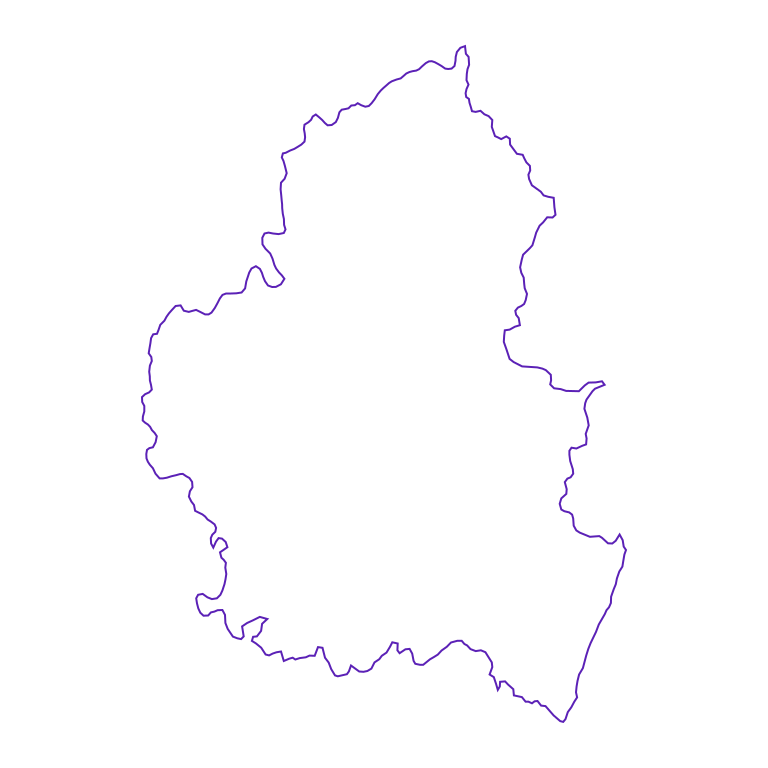 the district of Baliza, Goiás, Brazil
{"feature_id": "56859067B68907801422928", "entity_name": "Baliza", "entity_type": "district", "adm_level": 2, "iso_a3": "BRA", "parent_name": "Brazil", "parent_adm1": "Goiás", "projection": "equal_earth", "projection_center": [-52.451, -16.34], "detail": "fine", "context": "isolated", "style": "outline", "palette": "violet", "viewbox_px": 768, "rotation_deg": 0, "n_neighbors": 0, "source": "geoboundaries", "source_scale": "gbopen_adm2", "svg_char_len": 5953}
<svg xmlns="http://www.w3.org/2000/svg" viewBox="0 0 768 768"><path d="M357.7,103.2L354.9,105.2L351.3,105.5L348.5,108.3L345.5,109.0L341.7,109.7L339.4,112.3L337.9,117.9L335.8,122.1L331.7,125.0L327.6,125.3L324.9,123.0L322.2,120.0L319.3,117.4L315.8,114.5L312.7,116.5L311.1,119.8L308.5,122.2L304.5,124.7L303.9,129.0L304.7,133.3L305.1,137.2L304.5,141.6L301.3,144.6L297.8,146.8L294.3,148.9L290.2,150.5L285.7,152.8L282.9,153.4L281.8,157.4L283.5,161.0L284.9,165.9L286.7,173.2L284.6,178.8L281.0,182.7L280.6,189.3L281.2,195.0L281.7,200.5L282.1,204.2L282.2,208.1L282.8,213.8L283.9,219.0L284.1,224.9L285.5,229.4L283.8,233.0L278.6,234.1L273.0,233.5L268.5,232.6L264.5,233.5L262.3,237.8L262.5,244.4L265.5,248.8L267.8,251.1L270.2,253.5L272.5,258.6L274.4,264.9L276.1,268.5L279.0,272.4L281.8,275.3L284.4,278.8L280.9,284.3L275.9,286.9L272.1,287.0L268.0,285.5L265.0,281.2L263.2,276.9L261.9,272.8L259.9,268.9L255.9,266.2L251.5,268.5L249.2,272.6L248.0,276.3L246.3,281.4L245.1,288.4L241.6,292.5L236.3,293.3L231.0,293.5L226.1,293.5L222.5,294.9L219.9,298.4L217.4,303.3L214.8,308.0L211.5,312.6L208.6,314.4L205.1,314.4L200.2,311.9L196.1,309.9L192.3,310.9L188.8,311.9L183.8,310.7L180.6,305.4L175.6,306.0L171.8,310.1L168.9,313.4L166.5,316.8L164.4,320.7L160.3,324.8L158.4,330.3L157.0,333.8L153.2,334.3L151.1,338.1L150.4,343.2L149.6,347.8L148.7,353.3L151.3,357.0L151.8,361.0L149.9,365.6L149.2,371.7L149.8,376.3L149.9,380.5L151.0,384.9L151.8,389.6L149.1,392.4L145.1,394.2L142.0,397.1L142.2,402.0L144.3,405.9L144.3,411.4L142.9,416.5L142.7,420.5L145.1,422.7L147.9,424.5L150.1,426.8L151.9,430.1L154.6,432.9L156.8,436.2L155.6,442.2L152.9,447.3L149.4,448.1L147.0,449.9L146.3,454.0L146.5,458.4L147.9,461.8L149.8,464.7L152.9,468.2L155.5,473.7L159.6,478.4L162.9,478.4L166.9,477.7L171.3,476.3L176.4,475.1L179.9,474.1L182.8,473.9L186.3,476.3L189.4,478.0L192.1,481.9L192.5,487.2L189.9,491.3L188.9,496.6L191.3,501.5L194.0,505.0L195.1,510.8L198.3,512.4L202.4,514.4L205.1,516.5L207.6,519.5L210.9,521.6L214.6,524.4L216.1,527.9L215.3,531.8L212.3,534.7L210.8,538.1L211.1,543.5L213.3,547.6L216.0,541.6L218.6,538.1L222.0,538.6L225.7,542.0L227.4,547.2L223.8,549.7L220.0,552.3L221.4,557.7L223.7,559.8L225.9,562.8L225.3,567.6L226.3,574.0L225.5,579.3L224.5,584.1L222.4,590.5L220.4,594.8L216.9,598.3L211.9,599.1L207.4,597.3L202.7,593.9L198.1,594.8L196.2,598.3L197.0,603.4L198.3,608.4L200.3,612.7L203.5,615.7L208.2,615.5L210.9,612.4L214.4,611.6L217.6,610.2L222.4,610.0L225.0,614.9L225.4,623.0L227.7,628.9L232.9,636.6L237.3,638.3L241.1,639.1L243.7,636.4L242.1,626.4L247.1,623.0L252.8,620.4L259.8,616.9L267.3,619.0L262.1,623.8L261.1,630.9L256.9,636.4L253.1,636.8L251.9,640.9L255.9,643.4L261.2,647.7L265.6,654.5L269.1,655.4L272.6,653.6L276.4,652.3L281.0,651.5L283.8,661.0L289.2,658.7L292.7,657.7L295.3,659.5L299.7,658.1L305.8,657.3L309.5,655.6L314.7,655.8L318.0,647.1L322.5,647.8L325.0,657.7L328.7,662.6L331.2,669.1L335.0,675.4L337.8,676.3L346.9,674.2L348.9,671.4L351.0,665.5L359.2,671.5L363.5,671.8L367.4,671.0L371.4,668.6L374.5,662.4L379.3,659.2L381.8,655.8L386.5,652.6L390.0,646.8L392.3,642.3L397.7,643.5L397.4,650.3L399.6,653.2L405.4,649.3L409.6,648.9L412.2,653.6L413.6,660.9L415.3,663.8L420.0,664.8L423.2,664.8L430.0,659.3L433.8,657.1L437.8,654.6L441.6,650.5L446.8,646.8L451.0,642.5L457.3,640.8L461.7,640.8L464.4,644.0L467.1,645.4L470.5,649.1L475.7,651.1L480.9,650.3L485.4,652.2L491.8,662.4L492.3,667.1L489.6,674.5L493.8,677.1L496.0,683.7L497.8,689.9L499.8,686.5L500.1,681.8L505.1,681.4L508.0,684.5L513.3,689.2L513.9,695.4L521.9,697.1L525.6,701.7L528.5,701.7L532.0,703.3L534.6,701.3L537.5,701.0L541.1,705.6L545.5,706.1L553.6,715.4L560.2,721.1L563.2,721.9L565.5,719.1L567.8,712.1L571.3,707.3L574.3,701.7L577.1,697.4L576.0,692.3L576.6,686.4L577.5,681.0L579.1,674.5L582.9,668.1L586.2,655.6L588.3,648.9L590.6,643.1L596.0,631.9L598.8,624.5L604.8,614.1L606.5,610.2L609.0,607.3L610.9,603.0L611.1,596.7L613.7,589.3L615.8,584.2L616.9,578.5L619.3,571.5L622.4,566.6L623.2,561.5L624.4,554.5L626.0,550.0L623.7,546.6L622.7,540.2L619.6,534.5L615.7,540.8L612.3,543.5L608.0,543.3L602.0,537.8L599.3,536.1L589.9,536.8L579.7,532.6L576.3,530.4L573.7,525.7L573.2,518.5L572.1,514.6L569.2,512.4L564.3,511.2L561.3,509.5L559.7,503.8L561.3,498.4L566.3,493.9L566.7,489.2L564.8,482.1L567.4,478.6L570.6,477.3L573.2,473.7L572.8,469.2L570.2,461.0L569.4,454.7L569.4,450.8L571.5,447.7L576.4,448.5L582.2,445.8L586.1,444.4L586.6,438.5L585.7,433.9L588.7,425.4L587.3,417.6L584.4,408.8L585.2,403.2L586.5,399.6L592.5,391.2L595.0,388.7L604.6,384.8L602.0,381.3L595.7,382.4L588.6,382.6L584.8,385.4L578.9,391.2L566.1,390.9L560.7,389.1L554.1,388.3L550.2,384.4L551.1,380.3L550.8,374.8L545.8,370.1L542.4,368.6L537.3,367.4L522.1,366.4L513.7,362.1L509.6,358.9L506.5,349.5L503.8,341.9L504.2,335.5L504.8,330.3L509.7,329.6L514.9,326.7L519.9,325.2L518.7,318.1L516.1,314.8L515.3,310.8L517.9,307.6L521.3,306.0L524.1,304.0L525.7,300.1L527.0,293.9L524.7,288.2L524.2,283.9L523.7,277.6L521.3,272.8L520.1,267.3L521.8,259.5L523.1,254.7L529.7,248.3L532.4,245.3L534.9,237.2L536.2,232.6L539.6,225.7L543.1,222.4L547.2,217.3L552.6,217.5L555.5,214.8L554.4,207.2L553.7,197.8L548.2,196.8L543.6,195.4L540.8,191.7L531.9,185.3L529.1,179.0L528.4,174.7L530.2,170.5L529.9,165.9L526.4,162.4L524.2,158.2L522.7,154.8L516.9,153.8L510.1,144.6L509.8,138.7L506.3,136.4L501.2,139.1L497.9,137.4L495.0,136.1L491.8,126.9L492.3,120.0L488.6,116.1L484.4,114.3L480.5,110.8L475.6,111.9L472.0,111.2L470.8,106.9L469.5,102.8L468.9,98.9L466.2,97.0L465.6,93.2L466.5,89.1L468.5,84.6L466.5,80.2L466.8,73.9L467.5,69.2L469.1,64.8L468.6,56.9L465.9,53.8L465.0,46.1L460.4,47.8L456.9,52.0L455.7,56.9L455.5,60.8L454.5,66.0L451.6,68.6L448.2,69.0L445.2,68.6L441.5,66.0L438.3,64.1L434.8,62.2L431.8,61.2L428.9,61.4L425.8,63.1L422.0,66.4L419.1,69.2L416.2,70.6L412.5,71.2L409.5,72.0L406.3,73.5L403.6,75.9L400.7,78.4L396.6,79.5L391.8,81.3L389.1,83.0L386.4,85.4L383.4,88.0L380.8,90.5L377.8,94.1L374.6,99.3L371.6,103.2L368.8,106.0L365.3,106.7L361.2,105.2L357.7,103.2Z" fill="none" stroke="#5b21b6" stroke-width="2"/></svg>